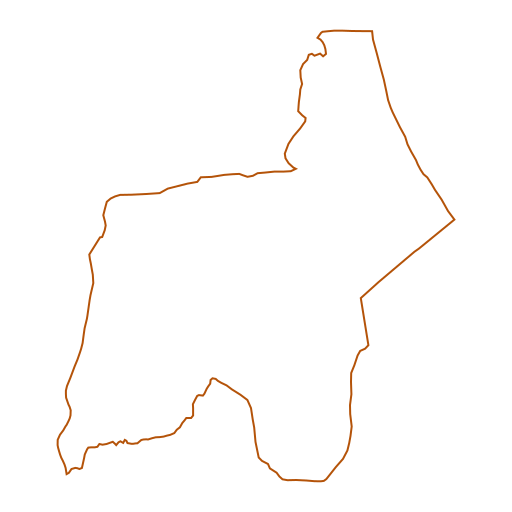 the district of Praek Pnov, Kândal, Cambodia
{"feature_id": "14789045B33152667021058", "entity_name": "Praek Pnov", "entity_type": "district", "adm_level": 2, "iso_a3": "KHM", "parent_name": "Cambodia", "parent_adm1": "Kândal", "projection": "robinson", "projection_center": [104.788, 11.648], "detail": "fine", "context": "isolated", "style": "outline", "palette": "amber", "viewbox_px": 512, "rotation_deg": 0, "n_neighbors": 0, "source": "geoboundaries", "source_scale": "gbopen_adm2", "svg_char_len": 3014}
<svg xmlns="http://www.w3.org/2000/svg" viewBox="0 0 512 512"><path d="M416.0,160.1L411.1,151.5L407.5,144.3L405.2,136.8L399.9,127.1L392.7,112.4L390.7,107.7L388.1,100.1L386.2,90.7L383.8,79.5L380.2,66.4L376.8,53.4L373.0,39.5L372.1,31.2L366.9,31.1L361.5,31.1L352.0,31.0L343.3,30.7L333.8,30.7L327.2,31.3L322.5,31.8L321.0,32.9L317.5,37.8L320.5,39.6L322.7,42.2L324.3,45.3L325.4,49.1L326.0,53.9L323.1,56.3L320.1,53.6L314.5,55.7L311.9,53.8L308.8,54.8L307.2,59.9L303.1,64.0L300.3,70.2L300.7,77.6L302.1,84.0L300.3,89.5L299.9,94.5L298.9,101.8L298.6,105.5L298.2,111.2L302.2,115.3L305.6,118.0L305.2,121.4L300.2,128.4L293.5,136.2L288.5,143.8L284.8,153.6L285.5,158.3L288.6,163.2L293.3,167.5L295.8,168.8L290.8,171.2L283.5,171.6L274.4,171.6L264.7,172.6L257.6,173.2L252.9,175.8L247.5,176.8L242.7,175.2L239.3,173.9L232.8,174.2L224.1,174.9L218.0,175.9L211.6,176.9L200.8,177.3L197.3,181.9L187.6,183.6L167.8,188.6L159.7,193.1L146.3,194.0L131.7,194.7L120.1,194.9L115.1,196.4L110.7,198.5L106.8,201.8L105.2,207.7L103.3,215.2L103.9,217.5L105.0,221.6L105.7,225.5L104.7,230.3L102.2,237.0L100.0,237.4L89.3,254.5L89.9,259.1L90.8,263.4L91.8,269.2L92.8,274.7L93.3,283.1L90.5,295.1L89.6,300.3L87.4,315.8L86.9,318.8L84.6,328.3L83.6,335.4L82.6,343.1L81.1,348.9L79.9,352.6L77.5,359.5L74.6,366.5L70.3,378.0L67.0,386.0L65.9,390.6L65.9,394.0L66.1,397.7L68.5,404.6L69.6,406.8L70.7,410.3L70.5,415.4L69.7,418.4L68.4,421.3L66.6,424.9L65.5,426.4L63.3,430.3L60.0,434.7L57.7,439.8L57.6,445.1L58.1,447.7L59.1,451.3L60.1,454.6L61.3,457.8L62.8,460.7L64.5,464.5L65.6,467.9L66.6,474.1L68.9,472.8L71.5,469.0L75.3,467.9L77.3,468.2L79.4,469.0L81.9,468.0L82.8,464.0L84.1,458.1L84.8,454.4L87.1,449.3L88.3,447.6L91.4,447.3L94.9,447.3L97.4,446.8L99.4,444.0L102.5,444.7L106.6,444.0L110.2,442.7L112.8,441.8L115.1,443.9L116.2,445.1L118.5,442.3L120.4,441.3L123.2,442.9L124.8,439.9L126.4,440.8L127.5,443.1L129.4,443.4L131.4,443.8L133.1,443.8L135.5,443.4L137.4,443.3L139.5,441.5L141.3,440.0L143.4,439.5L146.4,439.3L148.0,439.5L152.1,438.2L155.7,437.3L159.8,437.1L163.6,436.6L167.0,435.6L170.1,434.9L174.3,433.1L176.8,429.7L179.9,427.3L182.3,423.0L184.5,420.4L186.3,418.0L191.1,418.0L193.1,415.5L193.1,408.1L192.9,404.2L195.1,399.8L197.2,395.9L198.9,395.1L202.9,395.6L204.4,393.7L206.7,388.8L208.2,386.4L210.2,383.7L210.6,380.0L212.5,378.3L215.7,378.9L217.8,380.8L221.2,382.8L226.6,385.4L231.9,389.4L240.5,394.8L247.4,400.0L251.0,408.1L252.7,419.3L254.2,427.6L255.5,441.9L258.7,457.5L262.0,460.9L268.0,464.0L269.9,468.4L276.6,472.7L279.4,476.5L282.5,479.3L287.5,480.2L296.1,480.0L306.3,480.5L314.5,481.2L320.7,481.3L323.8,480.9L326.3,479.1L327.6,477.5L331.7,472.3L335.9,467.0L343.0,458.9L347.4,450.5L349.2,443.1L350.5,435.9L351.7,426.5L350.2,414.1L350.0,405.1L351.4,394.3L351.0,381.9L351.2,373.0L354.3,365.4L357.6,355.5L360.2,350.9L365.1,348.7L368.4,345.2L360.8,298.1L378.8,281.9L414.5,251.7L418.8,248.7L454.4,219.6L448.0,211.0L441.6,199.6L435.0,189.9L431.8,184.4L427.3,177.4L423.5,174.2L420.5,169.6L417.8,164.5L416.0,160.1Z" fill="none" stroke="#b45309" stroke-width="2"/></svg>